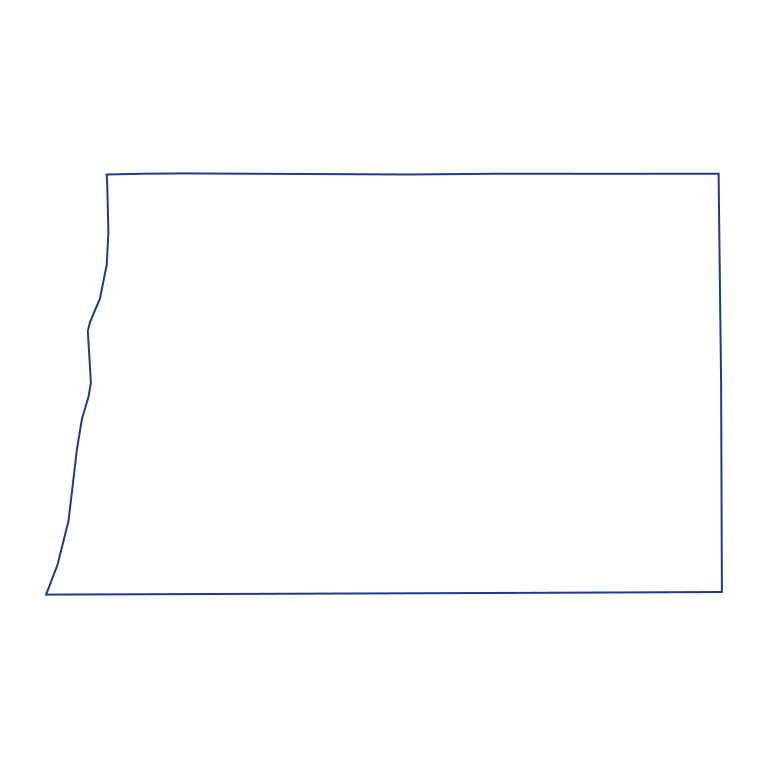 the district of Allegan, Michigan, United States of America
{"feature_id": "52423323B90348068840522", "entity_name": "Allegan", "entity_type": "district", "adm_level": 2, "iso_a3": "USA", "parent_name": "United States of America", "parent_adm1": "Michigan", "projection": "equal_earth", "projection_center": [-86.049, 42.594], "detail": "fine", "context": "isolated", "style": "outline", "palette": "blue", "viewbox_px": 768, "rotation_deg": 0, "n_neighbors": 0, "source": "geoboundaries", "source_scale": "gbopen_adm2", "svg_char_len": 441}
<svg xmlns="http://www.w3.org/2000/svg" viewBox="0 0 768 768"><path d="M718.6,173.7L610.0,173.8L500.0,173.7L409.1,174.5L182.4,173.4L172.8,173.5L145.6,173.7L106.6,174.5L107.1,180.2L107.5,195.7L108.4,232.4L106.7,265.4L106.0,268.5L99.9,298.7L90.0,322.2L87.8,330.9L90.9,382.7L88.6,396.4L82.0,418.7L77.0,448.8L68.5,521.0L57.5,564.8L46.1,594.6L517.0,592.9L721.9,592.0L721.1,382.7L718.6,173.7Z" fill="none" stroke="#1e3a8a" stroke-width="2"/></svg>